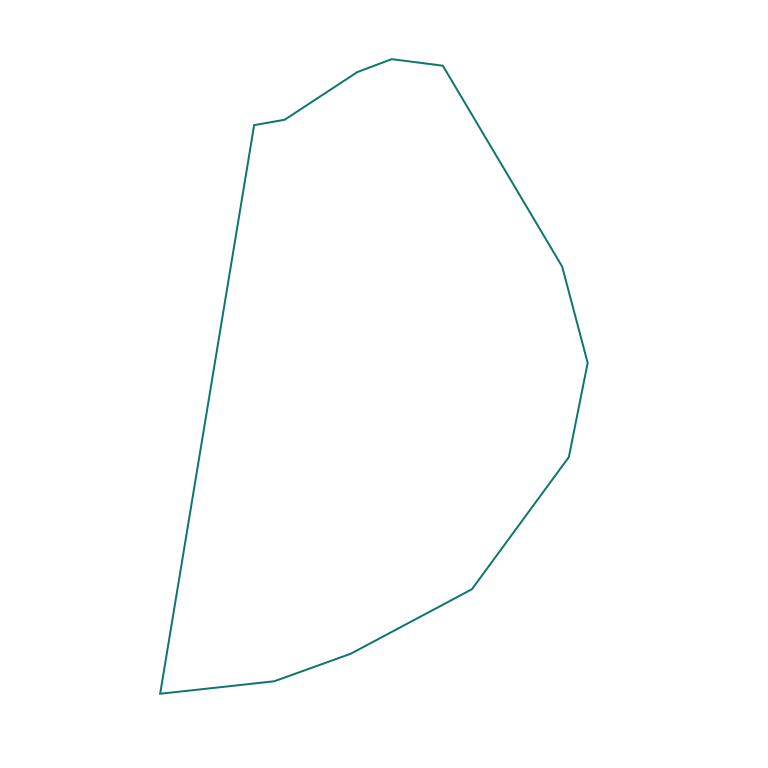 SVG path tracing the border of Muta, rotated 274°
{"feature_id": "SVN-974", "entity_name": "Muta", "entity_type": "Municipality", "adm_level": 1, "iso_a3": "SVN", "parent_name": "Slovenia", "parent_adm1": "", "projection": "natural_earth1", "projection_center": [15.136, 46.624], "detail": "fine", "context": "isolated", "style": "outline", "palette": "teal", "viewbox_px": 768, "rotation_deg": 274, "n_neighbors": 0, "source": "natural_earth", "source_scale": "10m", "svg_char_len": 332}
<svg xmlns="http://www.w3.org/2000/svg" viewBox="0 0 768 768"><g transform="rotate(274 384 384)"><path d="M190.7,194.7L633.2,236.4L640.7,266.5L693.3,335.6L708.6,369.0L705.6,420.5L513.6,553.5L419.3,585.7L324.0,573.5L185.4,486.0L112.6,369.6L79.8,295.2L59.4,182.3L190.7,194.7Z" fill="none" stroke="#0f766e" stroke-width="2"/></g></svg>